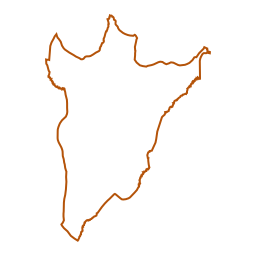 Nong Ki, Buri Ram, Thailand (Equal Earth projection)
{"feature_id": "78962969B963450613013", "entity_name": "Nong Ki", "entity_type": "district", "adm_level": 2, "iso_a3": "THA", "parent_name": "Thailand", "parent_adm1": "Buri Ram", "projection": "equal_earth", "projection_center": [102.596, 14.712], "detail": "fine", "context": "isolated", "style": "outline", "palette": "amber", "viewbox_px": 256, "rotation_deg": 0, "n_neighbors": 0, "source": "geoboundaries", "source_scale": "gbopen_adm2", "svg_char_len": 5583}
<svg xmlns="http://www.w3.org/2000/svg" viewBox="0 0 256 256"><path d="M56.4,34.2L54.7,36.4L53.6,38.7L51.5,42.5L50.3,46.0L49.2,59.9L48.7,59.7L47.3,59.8L46.1,59.5L46.3,63.7L47.3,65.3L48.6,70.3L49.1,71.4L49.6,72.0L49.1,74.7L48.4,76.0L48.5,76.9L49.1,76.9L49.4,77.5L49.9,77.4L50.2,77.6L50.1,78.3L50.6,78.8L50.6,79.5L51.2,79.3L51.0,79.9L51.3,80.0L51.5,80.6L52.0,80.9L51.9,81.4L52.0,81.6L52.6,81.8L52.6,83.3L52.8,83.4L53.0,83.1L53.3,84.5L53.5,84.6L53.5,84.1L53.7,83.9L53.9,84.3L54.4,84.4L54.2,84.9L54.8,85.4L55.5,86.5L56.3,86.9L57.0,86.4L57.5,86.4L57.6,86.5L57.5,87.3L57.6,87.5L58.3,87.7L58.7,88.1L59.5,87.6L59.6,87.8L59.5,88.3L60.1,88.2L60.4,88.7L61.8,88.5L62.1,88.6L62.2,89.4L62.4,89.3L62.3,88.8L62.7,88.7L62.9,88.1L63.9,88.4L64.1,89.2L64.5,88.9L64.6,89.1L64.5,89.5L65.2,92.0L65.6,94.7L66.9,99.8L67.1,103.2L67.1,107.8L67.3,111.9L67.0,113.9L65.9,116.6L62.0,120.3L60.1,123.0L59.4,124.5L58.4,127.1L57.8,129.3L57.7,130.8L57.6,138.1L57.8,139.9L58.7,142.4L61.4,147.5L62.3,150.0L62.6,151.6L62.8,156.1L63.7,159.1L64.2,162.6L64.7,164.3L65.2,167.9L66.0,170.6L66.4,171.5L66.1,177.0L66.4,181.8L65.9,189.6L65.2,195.0L64.3,198.9L63.9,202.6L63.7,211.3L63.5,213.7L63.5,216.5L63.9,220.3L62.8,222.7L61.4,224.4L61.9,225.5L64.0,228.2L67.5,231.3L70.8,235.8L74.4,238.5L77.7,240.6L77.9,240.3L78.3,239.9L78.5,239.2L79.2,237.9L79.4,236.7L80.1,236.2L80.1,235.7L80.6,235.0L80.6,234.5L81.0,234.3L80.9,233.8L81.1,232.8L81.1,232.5L81.4,232.3L81.3,231.9L82.6,230.8L82.4,230.3L82.5,229.8L82.3,228.7L82.4,228.4L82.3,227.6L82.6,226.5L83.0,226.6L82.9,226.0L83.3,225.4L84.0,225.2L84.5,222.7L85.0,222.7L85.1,221.9L86.6,220.4L86.9,220.4L87.3,220.1L88.0,220.5L88.5,220.1L88.8,220.4L89.6,220.0L89.9,220.0L90.3,219.2L91.4,219.0L92.2,218.0L92.4,217.8L92.6,217.9L94.3,216.4L94.7,216.4L96.4,215.6L96.7,214.6L96.7,213.3L97.7,212.8L101.8,207.1L104.8,203.5L107.6,200.6L109.6,198.8L114.1,194.3L114.9,193.9L116.0,194.6L120.4,198.3L121.8,199.3L123.2,199.5L125.8,199.2L128.5,198.3L130.0,197.4L134.5,192.7L136.9,190.0L138.2,187.5L139.0,186.7L139.1,186.2L138.9,185.9L139.0,185.6L138.8,185.2L139.2,185.1L139.5,184.6L139.2,184.1L139.7,184.0L139.9,183.6L139.8,183.4L140.0,183.2L139.5,182.7L139.7,182.1L139.8,182.0L139.8,181.5L139.7,181.1L139.8,180.2L139.5,180.0L139.8,179.5L140.3,177.6L140.7,177.6L140.9,176.5L141.3,176.2L141.3,175.8L141.8,176.0L141.9,175.0L142.2,174.9L142.5,174.1L143.1,174.1L143.3,173.8L143.4,173.0L143.2,172.5L143.8,172.7L144.2,172.4L144.2,171.7L144.7,171.8L145.3,171.4L145.5,171.1L146.3,171.0L146.4,170.6L146.1,170.2L146.6,169.7L146.5,169.3L147.0,169.0L148.0,169.5L148.3,169.2L148.6,168.3L149.0,168.3L149.3,167.5L149.4,167.3L149.2,167.0L148.7,164.4L148.3,161.1L148.2,159.0L148.4,158.1L147.8,158.0L147.3,155.1L148.1,152.7L148.4,152.2L149.7,151.7L149.7,151.0L151.8,150.7L155.5,142.6L156.2,139.2L157.3,131.5L161.9,117.3L162.1,117.1L162.3,116.7L164.6,114.7L164.7,114.2L165.4,113.3L165.1,112.1L165.6,112.0L165.9,112.3L166.4,112.2L166.7,111.8L167.1,111.9L168.1,111.2L168.6,111.1L168.8,110.4L168.9,109.7L169.3,109.3L169.4,108.2L170.4,106.8L171.2,106.7L171.6,107.1L172.2,106.8L172.1,106.4L172.5,106.3L172.9,105.4L172.9,104.9L173.4,104.3L173.5,103.8L173.2,103.2L173.8,103.2L173.8,102.8L174.1,102.7L174.1,101.9L174.6,101.2L174.6,100.9L175.7,100.3L176.4,100.5L176.8,100.3L177.1,100.0L177.0,99.5L177.4,99.3L177.7,98.9L178.2,98.7L178.5,98.1L180.2,97.0L180.4,96.3L181.3,95.6L182.2,95.6L182.6,94.9L183.0,94.8L183.0,94.6L184.6,94.2L185.2,93.8L186.0,94.0L186.1,93.5L186.7,93.2L187.0,92.9L187.0,92.2L187.0,91.2L187.4,90.2L187.5,89.3L187.3,88.8L187.7,88.6L187.7,88.3L188.4,87.5L188.9,87.4L189.0,86.9L189.3,86.8L189.4,87.2L189.6,87.2L189.8,86.7L189.7,86.2L190.0,86.2L190.1,85.9L190.5,86.0L190.3,85.4L190.9,85.0L191.1,84.1L191.4,84.1L191.5,83.7L191.9,83.6L191.9,83.2L192.3,82.8L192.4,82.4L192.5,82.2L192.4,81.8L193.0,81.0L194.0,81.1L194.0,81.6L194.5,80.9L194.9,80.8L194.8,79.6L195.2,79.4L195.3,79.1L195.9,78.6L196.3,79.0L196.4,78.4L196.6,78.6L196.7,78.3L197.1,78.1L197.3,78.4L197.5,77.8L197.8,78.2L198.0,78.1L198.1,77.7L198.5,78.1L198.6,78.4L198.9,78.5L199.0,78.9L199.5,78.7L199.9,78.8L200.0,78.5L199.8,60.8L200.3,58.5L201.0,56.7L202.3,54.3L203.4,53.3L203.9,53.1L206.1,53.2L207.3,52.7L209.8,53.3L209.9,52.0L207.4,51.2L207.4,49.6L207.0,49.4L207.2,48.5L204.3,47.2L203.7,48.6L199.1,53.2L196.4,57.2L195.4,57.1L194.3,57.4L192.5,60.1L189.4,62.9L186.9,64.1L185.0,64.8L179.9,65.4L178.1,65.0L173.4,62.7L171.4,62.4L170.8,62.4L168.8,63.4L166.3,64.2L164.4,63.3L162.5,62.0L160.2,61.7L158.4,62.2L153.7,64.4L151.5,65.1L147.6,65.9L146.3,66.6L142.8,66.1L139.9,65.3L136.6,62.5L134.7,59.7L135.1,55.2L135.1,53.3L135.4,50.7L135.2,50.5L134.9,47.0L136.2,41.1L136.4,39.7L137.1,38.1L135.9,35.9L135.1,35.0L134.7,34.8L133.3,35.8L130.0,35.5L127.8,35.0L125.1,34.0L123.0,32.9L119.9,30.5L119.2,29.8L118.4,28.6L118.0,27.8L117.8,26.9L117.3,26.2L116.2,25.1L115.6,24.3L115.5,23.0L115.7,21.6L115.6,20.9L115.3,20.4L114.0,19.7L113.7,17.9L113.5,17.4L112.9,16.8L112.3,16.8L112.2,16.3L111.5,15.6L110.7,15.7L109.9,15.4L109.6,17.3L109.3,17.3L109.1,18.7L107.5,19.2L108.1,20.9L108.8,23.9L108.3,24.2L108.4,26.7L107.7,27.9L107.4,29.3L106.6,31.3L106.1,31.3L105.4,33.4L104.6,36.6L104.0,38.1L103.7,38.5L103.7,39.6L103.5,40.1L103.9,40.8L103.8,41.6L103.4,42.4L102.8,42.9L102.2,43.0L101.9,43.5L101.9,43.9L101.4,44.7L101.3,45.4L101.0,46.2L100.5,46.6L100.2,47.5L100.2,47.9L99.8,48.3L99.9,48.6L99.8,49.9L99.5,50.4L98.9,51.1L95.9,52.6L93.1,54.5L90.5,56.0L89.1,56.3L86.3,56.4L85.1,56.9L83.5,58.8L82.5,59.2L81.8,59.3L80.6,59.1L79.7,58.3L76.0,56.6L73.7,55.1L69.2,52.5L65.0,49.6L63.7,48.3L62.0,45.6L60.7,41.7L58.6,38.7L57.6,37.7L56.9,35.9L56.4,34.2Z" fill="none" stroke="#b45309" stroke-width="2"/></svg>